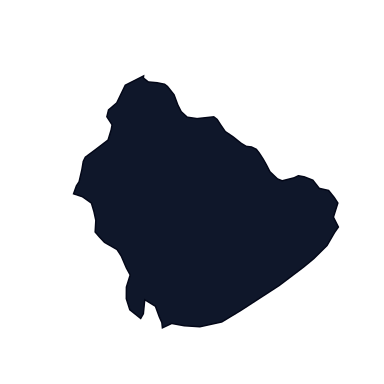 outline of Kellia, Larnaca, Cyprus, rotated 147°
{"feature_id": "46923920B13037946348348", "entity_name": "Kellia", "entity_type": "district", "adm_level": 2, "iso_a3": "CYP", "parent_name": "Cyprus", "parent_adm1": "Larnaca", "projection": "robinson", "projection_center": [33.623, 34.983], "detail": "fine", "context": "isolated", "style": "filled", "palette": "ink", "viewbox_px": 384, "rotation_deg": 147, "n_neighbors": 0, "source": "geoboundaries", "source_scale": "gbopen_adm2", "svg_char_len": 1163}
<svg xmlns="http://www.w3.org/2000/svg" viewBox="0 0 384 384"><g transform="rotate(147 192 192)"><path d="M88.3,82.9L87.1,93.9L75.7,103.3L75.7,109.9L76.6,118.9L83.3,125.8L84.2,136.1L89.6,143.6L93.9,147.7L98.6,148.3L110.3,152.3L113.2,156.5L115.6,166.6L114.8,174.4L114.4,180.8L114.4,188.2L114.8,192.8L117.6,197.4L121.7,200.8L124.3,206.2L127.4,215.6L131.2,224.6L131.4,232.2L131.4,239.2L132.8,243.2L140.3,247.0L147.8,250.8L155.3,257.4L157.3,265.3L156.5,272.7L154.1,283.3L155.1,293.9L156.3,297.3L161.8,302.7L168.7,308.1L170.7,314.1L169.4,315.7L189.8,317.9L206.6,307.7L217.3,306.3L222.4,301.5L222.4,291.9L226.0,288.1L234.1,281.3L249.7,280.1L262.5,279.3L266.5,276.9L272.2,270.7L281.1,262.1L285.6,260.1L292.3,255.0L291.6,254.1L286.5,247.8L282.4,237.5L284.9,229.0L288.1,220.6L295.0,211.2L294.1,204.6L292.8,197.4L286.2,184.6L286.2,176.8L288.4,164.0L289.0,156.1L298.8,148.0L305.2,138.3L308.3,127.1L303.9,113.9L299.1,116.4L290.3,127.4L284.9,116.1L287.4,105.2L288.4,98.9L290.8,94.2L280.6,92.8L271.4,84.1L258.8,74.7L237.8,66.8L215.3,66.1L190.4,66.1L169.8,66.1L139.2,68.3L126.2,69.8L107.9,73.6L94.5,80.4L88.3,82.9Z" fill="#0f172a" stroke="#020617" stroke-width="1.5"/></g></svg>